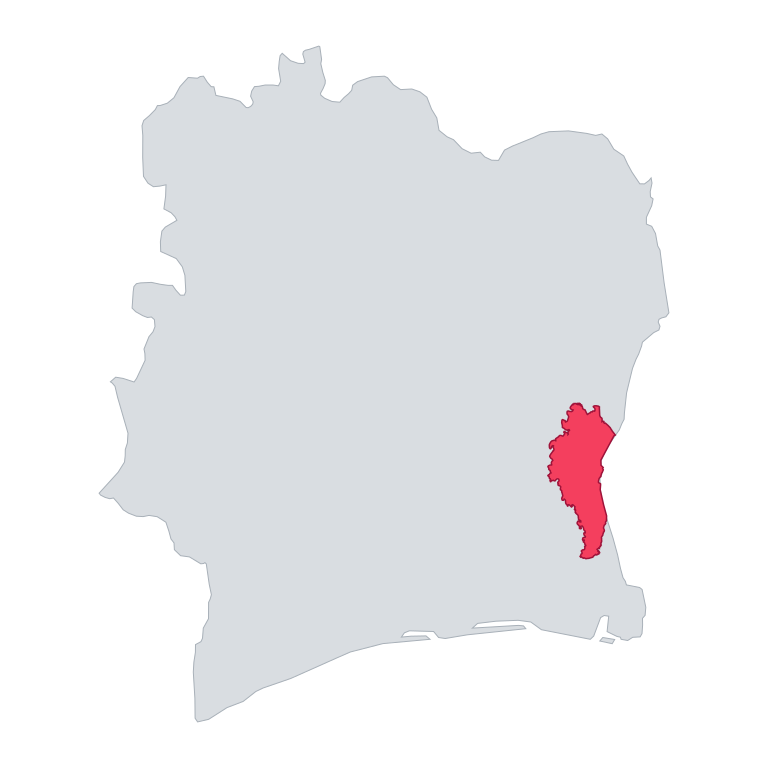 location of Indenie-Djuablin, Comoe, Ivory Coast
{"feature_id": "98640826B87987908031267", "entity_name": "Indenie-Djuablin", "entity_type": "district", "adm_level": 2, "iso_a3": "CIV", "parent_name": "Ivory Coast", "parent_adm1": "Comoe", "projection": "robinson", "projection_center": [-3.502, 6.624], "detail": "fine", "context": "in_parent", "style": "filled", "palette": "rose", "viewbox_px": 768, "rotation_deg": 0, "n_neighbors": 0, "source": "geoboundaries", "source_scale": "gbopen_adm2", "svg_char_len": 9631}
<svg xmlns="http://www.w3.org/2000/svg" viewBox="0 0 768 768"><path d="M157.4,105.6L160.2,105.5L167.3,103.2L173.9,97.8L180.0,86.6L188.2,77.5L197.5,78.2L200.2,76.5L203.5,76.2L207.3,82.2L211.2,86.7L213.9,86.8L215.9,95.4L232.8,98.9L240.0,101.3L246.1,107.5L248.2,107.7L250.7,106.4L252.7,104.2L253.2,101.8L250.6,96.2L251.7,91.1L254.5,86.6L258.8,86.3L265.3,85.0L272.8,85.0L278.4,85.8L280.7,81.3L278.6,68.6L279.2,61.6L280.1,55.7L282.2,53.3L290.5,60.7L298.1,63.3L303.6,63.6L305.1,62.2L302.8,54.1L303.4,51.6L305.5,50.2L309.1,49.4L318.8,46.1L319.8,46.7L321.6,59.5L320.8,63.7L322.8,72.4L325.3,80.4L325.1,83.7L323.0,88.7L320.5,93.3L320.8,95.1L324.7,98.3L332.1,101.5L339.8,102.2L344.1,97.5L348.6,93.7L351.7,90.3L352.7,85.2L357.6,81.6L371.6,76.9L384.4,76.2L387.5,77.7L393.3,84.7L400.6,89.6L411.8,89.0L419.9,91.8L426.9,97.2L431.6,109.3L436.8,117.9L439.0,130.3L447.1,136.8L453.5,139.7L462.1,148.7L471.1,153.2L480.3,152.2L484.7,156.9L491.6,160.2L498.5,160.4L504.5,150.1L512.6,146.0L532.9,137.8L540.9,134.0L549.0,131.7L568.5,130.9L586.7,133.4L595.7,135.4L601.9,134.0L607.7,138.9L613.8,149.2L618.7,152.5L623.8,156.0L627.6,164.2L632.0,172.2L634.4,175.8L639.8,183.8L644.5,183.9L649.1,180.4L651.1,177.9L652.0,183.1L650.2,191.7L650.5,196.9L653.1,198.9L651.7,205.7L646.4,217.3L646.4,224.1L651.7,226.3L655.5,233.5L657.7,245.9L660.0,250.1L660.3,252.6L664.1,282.7L668.9,312.8L665.9,316.8L661.7,317.9L659.0,319.3L658.2,322.1L660.0,326.3L658.9,330.0L653.7,332.6L642.4,342.2L641.6,346.0L638.6,354.2L636.1,359.1L632.5,368.4L626.6,392.8L624.4,413.1L624.1,419.3L621.8,423.7L619.3,429.9L607.0,447.3L600.8,461.5L601.6,467.6L601.9,473.8L600.0,478.3L600.4,490.3L601.9,500.3L604.1,510.1L613.0,538.0L617.6,554.9L620.5,568.5L623.0,577.7L625.4,581.4L626.4,584.9L639.6,587.5L642.1,589.5L645.8,607.3L645.1,615.3L642.5,618.3L642.6,625.1L642.0,633.6L640.1,636.9L632.7,637.3L627.7,640.5L621.1,639.3L620.4,637.2L616.9,636.4L607.1,631.6L608.7,616.2L604.1,615.5L600.6,617.6L593.7,636.1L590.3,639.3L541.4,629.7L530.8,622.0L518.1,620.3L495.9,621.2L477.6,623.4L472.4,628.1L518.5,625.4L523.5,625.9L525.8,628.7L467.4,634.8L445.2,638.5L438.6,637.5L433.6,631.5L409.4,630.8L404.4,632.8L401.4,637.1L410.9,636.2L426.0,635.9L430.0,639.3L382.9,643.6L350.3,652.0L336.4,658.1L290.9,678.4L263.1,688.0L255.8,691.5L243.2,701.4L227.0,707.6L208.7,719.3L197.6,721.9L195.1,718.2L194.9,698.5L193.3,672.1L193.9,662.0L195.4,652.4L195.5,644.6L201.0,641.6L202.5,638.3L203.3,628.1L208.5,618.7L208.6,602.4L210.2,599.0L211.4,594.7L209.2,584.1L206.3,563.9L204.9,562.6L203.7,563.5L200.8,563.8L189.4,556.9L180.6,555.7L174.4,549.7L174.0,542.9L171.0,539.0L168.9,531.2L165.9,522.2L157.2,516.7L149.0,515.4L143.2,516.6L136.4,516.2L128.6,513.2L123.2,509.8L118.2,503.3L113.5,498.0L109.7,498.7L105.1,497.4L100.6,495.1L99.1,493.2L118.1,472.3L124.5,462.1L125.2,455.8L125.3,449.5L127.4,443.0L128.0,433.2L117.6,397.3L115.0,386.3L112.2,383.0L110.4,381.8L115.7,377.2L123.0,378.4L134.1,382.0L136.6,378.4L145.1,360.3L144.9,353.6L144.0,349.0L149.0,336.6L153.0,331.8L155.0,326.6L154.4,319.6L151.4,317.0L147.5,317.5L142.8,315.7L135.7,311.7L132.1,308.1L133.2,291.7L133.9,286.6L136.4,283.7L140.4,282.9L151.5,282.4L160.4,284.3L168.3,285.4L172.5,285.4L175.9,290.2L180.4,295.2L184.4,295.1L185.8,291.5L184.9,275.3L182.3,266.8L176.3,258.6L160.7,251.5L160.4,241.7L161.9,231.1L165.3,227.1L176.9,220.3L174.9,216.7L171.2,212.8L163.9,208.9L165.6,196.2L166.0,184.8L159.8,186.1L153.4,186.7L148.0,183.2L143.5,176.4L142.7,157.4L142.8,135.4L142.0,125.7L143.7,120.5L149.2,115.8L155.3,109.6L157.4,105.6ZM614.7,639.5L612.2,643.7L599.8,641.0L602.8,637.5L614.7,639.5Z" fill="#d9dde1" stroke="#a8b0b8" stroke-width="1"/><path d="M575.1,403.6L574.2,403.5L574.2,403.8L573.6,403.9L573.0,404.7L572.6,404.3L571.3,405.8L570.4,407.1L570.2,407.7L570.3,408.4L570.6,408.9L571.5,409.3L572.1,409.9L573.1,410.0L572.8,410.7L572.3,411.2L571.4,411.6L569.6,411.4L568.4,411.0L567.4,411.2L567.1,411.7L567.0,412.9L567.1,414.0L567.4,414.4L568.1,415.2L568.7,416.8L567.6,420.4L567.2,421.2L565.6,422.0L565.3,421.7L565.2,420.8L565.0,420.5L563.8,420.2L562.8,419.6L562.3,419.7L561.9,420.5L561.7,422.7L562.4,425.6L562.4,427.4L563.1,427.9L563.7,428.1L565.8,429.9L566.5,429.9L567.5,430.4L567.9,430.2L568.0,429.8L568.1,429.7L569.1,429.6L569.4,429.9L569.5,430.4L568.7,431.0L567.9,432.3L568.3,434.2L568.0,434.5L568.0,433.9L567.4,432.8L566.9,432.6L566.1,432.5L565.4,432.1L564.6,431.4L564.2,431.4L563.8,432.2L564.4,433.0L564.7,433.8L564.3,434.2L563.7,435.3L563.1,436.0L562.7,436.1L560.9,435.4L560.0,435.4L559.4,435.7L558.3,436.9L555.8,438.6L555.6,438.9L555.8,440.2L555.7,440.7L554.8,440.2L554.2,440.2L551.9,440.9L550.7,442.0L549.5,444.2L549.3,445.0L549.4,447.2L549.5,447.8L550.0,448.6L550.4,448.8L550.8,448.6L551.3,447.8L551.5,446.9L552.3,445.8L552.9,445.6L553.5,445.8L553.5,446.1L553.1,446.7L553.0,447.3L553.5,447.9L554.0,449.4L553.6,450.6L553.5,450.8L552.8,451.0L552.7,451.5L550.8,454.0L549.9,455.6L549.7,456.3L549.8,456.6L550.7,458.1L552.3,459.3L552.8,460.5L552.0,461.2L551.4,462.3L551.3,463.2L551.7,464.4L551.6,465.0L550.2,465.0L548.4,465.8L548.0,466.4L547.9,466.7L548.8,468.3L548.8,469.4L549.3,469.9L550.2,470.5L550.3,470.9L550.2,471.2L551.0,472.9L550.1,473.2L549.3,474.6L548.4,474.9L547.9,475.6L548.2,476.1L548.9,476.5L549.2,477.0L549.3,477.3L549.2,477.8L549.5,478.4L550.3,478.8L550.3,479.4L550.0,480.4L550.4,481.6L550.7,481.7L551.0,481.2L551.4,481.0L551.6,480.4L552.4,480.6L553.5,480.3L554.2,480.8L554.9,480.9L555.4,480.6L555.8,479.9L557.0,478.9L557.8,478.8L558.6,479.1L559.0,480.0L559.0,480.8L558.8,481.1L558.0,482.0L557.8,482.4L557.8,483.1L558.2,483.4L558.0,484.0L558.0,484.9L558.5,485.5L559.4,485.5L560.7,486.7L560.7,487.0L560.3,488.9L560.5,489.8L560.9,490.0L561.7,490.8L561.7,492.1L562.3,493.2L562.2,493.7L562.4,494.1L562.8,495.7L562.8,495.9L562.4,496.5L562.2,497.3L561.7,498.1L562.0,499.9L562.4,500.2L563.3,500.3L563.7,500.0L564.2,499.1L565.2,499.9L565.5,500.5L565.6,502.6L565.8,503.4L566.1,504.0L567.0,504.7L567.2,505.6L567.6,506.1L567.9,506.0L568.1,505.1L568.7,504.7L569.8,505.3L570.6,506.2L571.5,507.0L572.0,506.7L572.2,506.4L572.1,505.9L571.7,505.5L571.8,505.1L572.5,504.7L573.1,504.9L575.0,506.9L574.7,507.3L574.9,508.1L574.4,509.5L574.8,510.0L575.0,510.1L575.4,509.7L575.6,510.1L575.5,510.9L575.3,511.4L575.2,512.3L576.0,513.0L575.9,513.3L577.7,514.9L578.1,515.5L578.3,516.4L578.2,517.1L578.4,517.5L578.5,519.3L579.4,520.1L580.6,520.6L580.8,521.4L580.8,521.7L580.6,521.7L580.7,521.9L580.1,522.0L579.5,521.7L578.7,521.0L577.9,521.2L577.2,522.4L577.1,523.2L577.3,523.9L579.4,526.2L579.5,527.2L579.4,528.0L579.5,528.5L580.7,528.8L581.2,528.6L581.3,528.4L581.3,527.9L580.5,527.1L580.4,526.6L580.5,526.4L581.6,526.1L582.4,526.1L583.3,527.6L583.6,528.5L583.7,529.3L584.0,530.1L585.0,531.0L585.2,531.6L585.1,532.0L585.3,532.8L585.2,532.9L584.3,532.6L584.2,532.7L583.8,533.6L584.1,535.0L585.2,536.3L585.4,536.5L585.4,536.9L585.1,537.3L583.6,537.5L583.0,537.8L582.6,538.9L582.5,539.6L582.9,540.4L583.7,540.0L584.2,540.0L584.3,540.2L584.2,540.9L583.5,541.5L583.4,541.9L584.5,542.8L584.8,543.6L584.9,544.4L585.7,545.2L585.7,545.7L585.5,546.0L585.1,546.0L584.7,546.3L584.6,546.5L584.9,547.6L584.6,549.1L584.4,549.5L583.2,549.9L582.5,549.9L581.4,550.8L581.3,551.1L581.7,551.6L582.0,552.6L582.0,553.6L581.0,554.2L580.9,555.0L580.6,555.8L580.2,556.1L580.1,556.3L580.3,556.5L580.2,556.6L580.7,557.2L581.2,556.9L581.5,556.9L581.9,557.4L583.1,558.1L583.6,558.2L583.8,557.9L584.2,557.9L585.9,558.7L587.8,558.4L588.6,558.4L592.8,557.2L593.7,555.8L594.7,555.4L595.4,554.5L595.8,554.4L596.4,554.9L596.9,554.9L597.6,554.4L598.0,554.3L598.1,553.9L598.5,554.0L599.0,553.8L599.1,553.2L599.6,552.8L599.1,552.4L599.1,551.9L598.8,551.8L598.9,551.5L598.5,551.9L598.2,551.7L598.1,551.4L597.9,551.2L598.3,550.8L598.5,550.8L598.4,550.7L597.8,550.5L597.8,550.1L597.5,549.9L597.4,549.4L597.1,549.3L597.3,549.0L597.5,549.0L598.0,548.6L598.7,548.4L598.7,547.9L598.9,547.8L599.4,548.2L599.4,547.6L600.0,546.3L600.3,546.3L600.5,546.4L600.8,545.3L601.2,545.1L600.9,544.1L601.0,543.6L600.9,543.0L601.4,542.4L601.4,541.9L601.7,541.3L601.5,540.8L601.7,540.3L601.5,539.9L601.6,539.3L601.6,538.3L601.4,538.0L601.5,537.2L601.8,536.4L602.2,536.1L602.8,535.1L602.9,534.1L603.1,533.8L603.2,533.2L603.5,532.7L603.5,532.1L604.0,531.7L604.4,530.8L604.1,529.3L603.7,528.7L603.5,527.9L603.9,526.2L604.3,525.1L604.9,524.7L605.7,523.5L605.5,523.1L605.6,521.8L606.4,520.9L606.6,515.9L603.6,504.9L600.2,489.7L600.6,484.7L600.5,483.7L598.7,482.7L598.4,482.2L598.6,480.5L599.2,478.4L600.0,477.2L600.9,476.6L600.9,475.6L601.3,474.8L601.5,473.3L602.2,472.5L603.3,469.8L602.6,468.4L603.2,467.5L601.0,465.3L600.9,460.1L613.9,435.9L615.3,435.0L612.1,430.9L611.8,430.2L611.1,429.3L610.3,427.8L608.1,425.5L605.4,423.1L604.5,423.3L603.7,422.5L604.0,421.9L603.8,421.4L602.7,421.2L602.0,421.6L602.1,419.3L602.0,418.5L601.7,418.0L600.5,417.1L600.1,416.4L599.7,415.3L599.4,408.3L599.3,408.1L599.5,407.0L599.0,406.5L598.5,406.2L597.6,406.0L596.1,405.8L594.7,405.8L593.4,406.3L593.3,406.5L593.5,407.1L594.6,408.0L594.9,408.6L595.0,409.3L595.0,409.9L594.8,410.4L594.9,410.8L594.6,411.1L594.3,410.9L593.1,411.1L592.9,411.0L592.2,411.9L591.4,411.8L590.6,412.1L590.3,412.8L589.5,413.0L587.4,414.5L587.2,414.4L587.1,413.9L586.4,412.8L585.1,409.9L584.0,409.6L583.7,409.2L583.2,409.1L582.7,408.6L582.5,407.2L582.3,406.6L581.9,406.1L581.5,406.1L581.8,405.2L581.3,404.8L580.7,405.3L580.4,405.1L580.3,404.7L580.4,404.2L580.3,403.8L579.8,403.5L579.6,403.7L580.0,404.4L580.0,404.6L579.5,404.8L579.3,404.7L579.2,403.6L578.9,403.8L578.8,404.6L578.7,404.6L578.3,404.0L578.2,403.3L578.0,403.2L577.7,403.6L577.8,404.2L578.0,404.5L577.8,404.6L576.9,404.1L576.5,404.1L576.3,403.6L576.0,403.4L575.1,403.6Z" fill="#f43f5e" stroke="#9f1239" stroke-width="1.5"/></svg>